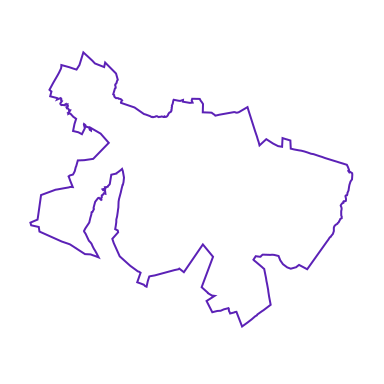 Jitotol, Chiapas, Mexico (Natural Earth projection), rotated 5°
{"feature_id": "50627088B7857917037309", "entity_name": "Jitotol", "entity_type": "district", "adm_level": 2, "iso_a3": "MEX", "parent_name": "Mexico", "parent_adm1": "Chiapas", "projection": "natural_earth1", "projection_center": [-92.885, 17.089], "detail": "fine", "context": "isolated", "style": "outline", "palette": "violet", "viewbox_px": 384, "rotation_deg": 5, "n_neighbors": 0, "source": "geoboundaries", "source_scale": "gbopen_adm2", "svg_char_len": 5886}
<svg xmlns="http://www.w3.org/2000/svg" viewBox="0 0 384 384"><g transform="rotate(5 192 192)"><path d="M345.2,182.7L345.6,182.0L346.7,181.7L347.0,180.3L346.9,179.5L347.8,176.8L348.0,173.4L348.2,171.2L349.0,167.7L350.3,165.5L350.2,160.8L349.9,159.3L347.3,157.9L346.9,158.6L345.8,157.3L346.5,156.3L345.1,153.4L343.9,151.4L321.7,146.6L318.4,145.7L315.6,145.1L309.8,143.7L307.2,143.5L303.8,142.6L300.3,141.8L297.1,141.3L295.1,141.2L289.9,140.7L286.6,140.2L286.4,138.7L285.5,132.1L281.7,131.3L281.0,131.2L277.5,130.4L277.8,139.1L273.8,138.8L268.6,136.7L261.4,132.9L255.2,139.7L254.0,136.3L253.1,134.3L251.9,131.2L249.6,126.0L241.2,105.9L239.9,102.6L231.7,108.4L230.5,108.9L229.4,109.1L228.6,109.0L227.7,108.7L226.7,108.8L212.6,112.6L208.6,113.9L207.8,113.2L205.4,111.8L204.7,111.3L203.6,111.3L201.4,111.4L195.8,111.7L195.3,103.4L194.1,101.8L192.7,100.3L191.6,98.6L184.1,99.1L183.7,100.8L184.8,102.9L182.0,103.4L175.8,102.9L175.0,102.8L175.0,101.1L172.5,102.2L172.3,102.3L170.1,102.2L165.7,101.7L165.6,101.9L165.4,102.9L165.1,105.6L165.0,105.9L164.8,106.7L164.4,107.6L164.7,108.9L164.4,109.5L164.6,111.0L164.3,111.7L164.5,112.5L164.2,113.5L163.9,113.6L163.7,114.2L162.5,114.9L161.6,116.4L161.5,117.1L160.7,118.6L159.9,119.3L159.2,119.5L158.1,119.1L158.0,119.7L157.1,119.8L156.0,119.5L155.1,119.4L154.3,119.8L153.0,120.0L152.4,120.3L151.5,120.0L150.8,119.6L149.7,119.6L148.8,120.2L147.8,120.5L147.0,120.7L146.6,120.9L145.8,120.6L145.1,120.8L143.7,120.1L139.3,118.9L137.3,118.5L127.4,112.8L113.5,109.4L113.4,109.1L113.9,107.5L114.4,106.9L113.8,106.3L113.1,105.8L111.7,105.4L111.0,105.5L110.3,105.0L109.2,105.0L108.1,105.1L107.8,104.8L107.2,104.5L106.7,104.2L106.2,103.4L106.0,102.2L105.0,101.6L106.2,95.6L106.9,94.9L106.7,93.7L106.5,93.2L106.4,92.7L106.1,92.2L106.3,91.4L107.2,90.3L107.2,90.0L107.4,89.6L107.4,89.3L107.5,89.0L107.5,88.5L107.9,87.2L108.3,86.7L106.0,80.6L94.2,70.6L93.6,75.2L84.1,72.4L81.2,69.8L71.6,62.4L68.8,75.3L66.3,80.1L62.6,79.3L59.0,78.4L50.8,76.9L50.9,79.2L50.7,80.5L49.1,84.8L48.0,87.3L44.3,95.2L41.1,102.6L42.5,103.7L43.2,104.1L42.4,109.0L49.5,110.2L50.1,110.5L49.6,111.6L52.1,110.3L52.3,110.3L53.0,109.9L53.8,110.8L53.8,111.0L53.6,111.2L53.7,112.4L53.8,112.6L54.0,112.6L54.5,112.8L53.1,115.2L53.4,116.1L54.3,116.8L55.1,116.6L57.1,116.6L57.8,116.7L57.9,116.0L58.2,115.6L58.7,115.5L58.9,115.3L59.1,115.6L59.4,115.8L59.6,115.8L60.3,115.5L60.3,116.6L60.8,116.7L60.9,117.1L60.8,117.5L60.3,117.5L60.0,118.2L59.6,118.6L60.2,119.6L60.9,119.5L61.3,119.8L61.5,119.9L62.3,120.8L62.4,121.3L63.2,121.2L63.6,121.2L63.5,121.5L63.1,122.0L62.9,122.5L62.6,123.0L61.6,124.0L61.9,124.2L62.0,124.5L62.0,125.0L62.7,124.6L63.0,124.5L64.1,124.6L67.4,127.6L68.1,127.9L70.2,129.2L69.0,134.5L68.2,141.6L73.6,142.4L77.3,144.0L79.7,137.8L78.4,134.2L78.5,133.7L79.3,134.2L79.7,134.5L80.1,134.9L80.5,135.9L80.8,136.3L81.9,136.3L82.5,136.5L83.3,136.5L83.8,136.8L84.8,139.0L86.0,139.6L85.9,138.7L85.4,136.9L95.9,141.8L104.8,150.3L90.7,167.6L81.8,169.7L75.5,170.5L74.4,176.4L74.0,177.5L73.4,181.4L72.8,183.0L71.9,185.0L69.0,186.1L67.7,187.2L68.2,188.1L69.7,191.4L72.8,197.5L70.5,197.5L68.7,198.2L63.8,199.5L57.6,201.2L55.9,201.6L41.9,208.2L40.7,230.7L40.5,233.0L39.3,233.6L33.7,236.6L34.7,239.2L42.4,240.2L43.5,244.7L66.6,252.7L73.9,254.5L75.2,254.9L90.8,263.2L96.5,263.0L98.5,263.6L101.0,264.2L104.7,265.3L102.2,261.3L100.5,258.8L99.2,257.1L97.7,254.7L96.4,252.3L95.3,251.1L93.5,249.5L89.6,242.8L88.2,241.1L87.8,240.3L88.9,237.6L92.3,231.4L93.0,226.6L93.7,223.1L93.7,221.2L93.8,220.8L94.5,220.7L95.8,217.5L95.3,216.6L95.7,214.1L96.4,210.2L98.9,206.3L99.8,205.9L102.8,208.3L102.1,206.8L102.2,205.6L102.6,205.2L102.4,203.3L102.5,203.1L103.5,202.5L104.2,201.0L105.9,201.3L105.1,197.5L104.5,198.2L103.7,197.5L103.2,197.8L103.1,197.7L102.6,197.1L105.4,196.0L104.9,194.8L106.9,194.4L107.7,194.0L107.8,193.3L108.9,192.1L109.4,191.2L110.1,181.8L115.1,180.2L115.1,179.9L115.8,179.3L116.8,178.5L119.4,176.1L120.3,175.1L121.3,177.3L123.0,183.6L122.9,188.2L122.5,190.9L122.2,191.0L121.6,194.8L121.3,197.0L121.1,198.6L119.9,205.4L119.7,208.0L119.9,212.1L120.0,213.7L119.8,216.8L119.8,217.8L119.5,222.9L119.0,226.0L119.2,228.6L119.0,232.5L118.7,235.7L121.4,236.8L121.9,238.6L116.7,245.6L118.5,249.7L125.6,262.4L136.9,270.9L143.7,275.0L144.3,275.4L145.0,275.8L146.1,276.0L147.8,276.9L145.3,286.7L149.5,287.8L151.3,288.4L151.9,288.4L153.5,289.8L155.0,290.3L155.7,284.8L156.8,279.9L158.2,279.4L162.3,278.3L181.4,271.3L185.3,270.1L186.0,269.4L190.9,272.6L207.4,243.3L218.6,254.7L209.9,286.0L216.7,291.1L216.7,291.4L220.9,293.4L223.6,293.5L216.0,299.3L222.7,310.0L227.6,308.3L230.9,307.8L234.0,306.1L238.0,304.7L238.4,304.5L238.8,304.9L238.9,305.7L239.1,306.9L239.3,307.5L239.6,307.8L240.6,309.7L244.3,308.4L245.4,307.8L246.7,307.5L253.6,321.6L258.7,317.2L262.6,313.6L265.8,310.3L267.4,309.2L267.7,308.4L272.5,304.3L273.5,303.6L273.9,303.2L280.2,297.5L279.2,294.0L277.9,289.4L277.2,286.5L276.7,284.5L276.4,282.9L274.7,276.7L273.9,274.1L273.6,272.8L273.3,271.5L270.6,262.3L269.5,261.6L268.5,260.8L261.4,255.8L260.3,255.1L259.1,254.1L261.1,250.4L263.1,250.5L265.6,250.6L266.1,250.3L266.6,249.5L267.8,248.3L268.5,248.2L275.8,247.8L277.2,247.5L277.9,247.5L279.2,247.5L280.6,247.7L283.8,248.2L285.9,252.4L288.9,256.0L293.4,258.8L297.1,259.8L302.4,257.8L303.7,256.4L303.9,256.3L305.0,255.3L313.5,258.9L330.9,229.3L331.9,227.7L333.1,225.4L333.5,224.9L334.0,224.7L334.6,223.5L336.0,221.5L336.2,220.8L336.3,220.1L336.6,219.2L336.7,218.4L336.4,215.3L336.7,214.0L336.9,213.5L337.4,212.9L337.9,212.2L339.6,211.0L339.7,210.7L339.9,210.2L340.7,209.5L341.0,208.8L341.0,208.5L341.5,207.7L341.7,207.1L342.1,205.9L343.4,205.1L343.3,203.5L342.7,202.3L342.4,199.2L342.3,197.9L342.5,196.8L342.5,195.4L342.3,194.6L342.1,194.0L341.7,193.5L341.3,192.4L342.4,190.4L342.8,190.0L343.8,189.6L343.9,189.1L343.6,188.5L343.9,188.0L345.7,187.7L346.0,187.5L346.1,186.5L346.0,185.3L345.2,182.7Z" fill="none" stroke="#5b21b6" stroke-width="2"/></g></svg>